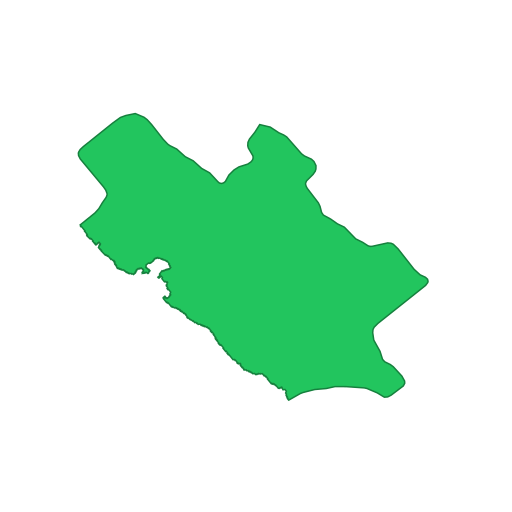 San Pedro de Macorís, San Pedro de Macorís, Dominican Republic, rotated 51°
{"feature_id": "3306468B30679779198976", "entity_name": "San Pedro de Macorís", "entity_type": "district", "adm_level": 2, "iso_a3": "DOM", "parent_name": "Dominican Republic", "parent_adm1": "San Pedro de Macorís", "projection": "natural_earth1", "projection_center": [-69.289, 18.484], "detail": "fine", "context": "isolated", "style": "filled", "palette": "green", "viewbox_px": 512, "rotation_deg": 51, "n_neighbors": 0, "source": "geoboundaries", "source_scale": "gbopen_adm2", "svg_char_len": 6157}
<svg xmlns="http://www.w3.org/2000/svg" viewBox="0 0 512 512"><g transform="rotate(51 256 256)"><path d="M156.2,170.4L159.1,179.0L161.0,187.5L162.6,190.7L165.1,193.0L167.2,194.0L176.3,195.4L178.2,196.7L179.3,198.6L179.7,200.9L179.4,204.5L176.0,213.2L175.3,218.9L176.0,226.0L178.8,232.9L178.8,235.1L178.0,237.1L176.3,238.5L174.2,238.9L162.2,239.7L153.8,243.1L142.5,244.9L134.3,248.5L123.0,250.3L116.0,253.5L113.5,254.2L107.0,254.7L88.1,254.4L81.5,254.8L77.7,255.7L69.3,260.2L64.9,268.7L63.0,274.2L62.5,283.5L62.3,321.4L62.6,325.6L63.5,328.1L64.2,329.3L66.3,330.7L70.0,331.5L106.4,331.0L110.3,331.3L113.8,332.5L114.8,333.3L116.1,335.5L117.9,341.8L120.3,348.3L121.2,354.1L121.2,373.1L122.5,373.1L122.5,373.6L123.0,373.6L123.0,373.1L128.9,373.1L128.9,373.6L133.0,373.6L133.0,374.2L133.9,374.2L133.9,374.7L138.1,374.2L138.1,373.6L139.0,373.6L139.0,373.1L141.7,373.1L141.7,373.6L144.5,373.6L144.5,373.1L145.4,373.1L145.4,373.6L146.3,373.6L146.3,373.1L146.7,373.1L146.7,370.9L146.3,370.9L146.3,369.9L146.7,369.9L146.7,369.3L148.6,369.3L148.6,369.9L149.0,369.9L149.0,370.9L149.5,370.9L149.5,372.0L150.4,372.6L150.4,373.1L152.7,373.1L152.7,372.6L154.5,372.6L154.5,373.1L160.4,372.6L160.4,372.0L161.4,372.0L161.4,371.5L162.7,371.5L162.7,370.9L167.3,370.9L167.3,370.4L170.0,369.9L170.0,369.3L171.4,369.3L171.4,369.9L172.3,369.9L172.3,370.4L173.7,370.4L173.7,370.9L174.2,370.9L174.2,370.4L175.5,370.4L175.5,370.9L178.3,371.5L178.3,370.9L179.2,370.9L179.2,370.4L180.1,370.4L180.1,369.9L181.0,369.9L181.0,369.3L181.9,369.3L181.9,368.8L182.8,368.8L183.3,367.7L184.7,367.7L184.7,367.2L187.0,367.2L187.0,366.6L187.9,366.6L187.9,366.1L189.2,366.1L189.2,365.5L190.1,365.5L191.1,363.9L192.0,363.9L192.4,362.8L193.3,362.8L193.3,360.7L192.9,360.7L192.9,359.6L192.4,359.6L192.4,358.5L192.0,358.5L192.0,357.5L191.5,357.5L191.5,355.8L192.0,355.8L192.0,354.8L192.4,354.8L192.4,354.2L192.9,354.2L192.9,353.1L193.3,353.1L193.3,352.6L194.7,352.6L194.7,352.1L196.1,352.1L196.5,353.1L197.0,353.1L197.0,354.8L197.9,355.3L197.9,354.8L198.8,354.2L198.8,353.1L199.3,353.1L199.3,352.1L199.7,352.1L199.7,351.5L201.6,351.0L201.6,350.4L201.1,350.4L201.1,348.8L200.7,348.8L200.7,347.7L198.8,347.7L198.8,348.3L196.5,348.3L196.5,348.8L195.2,348.8L194.7,347.7L193.8,347.2L193.8,344.0L194.7,343.4L194.7,342.3L195.2,342.3L195.2,338.6L194.7,338.6L194.7,337.0L194.3,337.0L194.3,335.9L194.7,335.9L194.7,334.8L195.2,334.8L195.2,333.7L195.6,333.7L195.6,333.2L196.5,333.2L197.0,332.1L198.8,331.6L198.8,331.0L199.7,331.0L199.7,330.5L200.7,330.5L200.7,329.9L202.5,329.4L202.5,328.9L203.9,328.9L203.9,328.3L207.5,328.3L207.5,328.9L209.3,328.9L209.3,329.4L211.2,329.4L211.2,330.5L211.6,330.5L211.6,331.6L211.2,331.6L211.2,332.6L210.7,332.6L210.7,333.7L210.2,333.7L210.2,334.8L209.8,334.8L209.8,336.4L209.3,336.4L209.3,337.5L208.9,337.5L208.9,338.6L208.4,338.6L209.3,342.3L210.2,342.3L210.2,342.9L211.2,343.4L211.2,344.0L210.7,344.0L210.7,345.6L211.6,345.6L211.6,345.0L212.1,345.0L212.1,342.3L213.9,342.3L214.4,343.4L218.5,343.4L218.9,342.3L219.8,342.3L220.3,341.3L220.8,341.3L221.2,342.3L222.1,342.9L222.1,344.0L223.0,344.0L223.0,344.5L224.9,344.5L225.3,345.6L226.7,345.6L226.7,345.0L230.4,345.0L231.3,346.7L232.2,346.7L232.2,347.2L232.6,347.2L232.6,348.8L233.1,348.8L233.1,351.5L232.6,351.5L232.6,352.1L231.7,352.1L231.7,352.6L231.3,352.6L231.3,352.1L229.9,352.1L229.9,354.2L230.8,354.2L230.8,354.8L235.8,354.8L235.8,354.2L237.2,354.2L237.2,353.7L242.2,353.7L242.2,353.1L243.2,353.1L243.2,352.6L245.0,352.1L245.4,351.0L246.4,351.0L246.4,350.4L247.7,350.4L247.7,349.9L248.6,349.9L248.6,349.4L250.0,349.4L250.0,348.8L250.5,348.8L250.5,349.4L251.4,349.4L251.4,348.8L252.7,348.8L252.7,348.3L255.0,348.3L255.0,347.7L256.9,347.7L256.9,347.2L257.3,347.2L257.3,347.7L260.5,347.7L260.5,348.3L261.0,348.3L261.0,347.7L264.2,347.2L264.2,346.7L266.9,346.1L266.9,345.6L269.2,345.6L269.7,344.5L271.0,344.5L271.0,344.0L272.8,344.0L273.8,342.3L275.1,342.3L275.1,341.8L276.0,341.8L276.0,341.3L277.0,341.3L277.0,340.7L277.9,340.7L277.9,340.2L278.8,340.2L278.8,339.7L280.6,339.1L280.6,338.6L282.4,338.6L282.4,338.0L285.6,338.0L285.6,338.6L287.5,338.6L287.5,338.0L290.2,338.0L290.2,338.6L293.9,338.6L293.9,339.1L294.8,339.1L294.8,339.7L295.7,339.7L295.7,339.1L297.1,339.1L297.1,339.7L300.3,339.7L300.3,340.2L302.1,340.2L302.1,339.7L303.0,339.7L303.0,339.1L307.1,339.1L307.1,339.7L311.2,339.7L311.2,339.1L313.5,339.1L313.5,339.7L315.3,339.7L315.3,339.1L322.2,339.1L322.7,338.0L324.0,338.0L324.0,337.5L327.2,337.5L327.2,338.0L327.7,338.0L327.7,337.5L328.6,337.5L328.6,337.0L329.1,337.0L329.5,335.9L330.0,335.9L330.0,336.4L331.3,336.4L331.3,337.0L334.1,337.0L334.1,336.4L336.8,337.0L336.8,336.4L337.7,336.4L338.2,335.3L339.6,335.3L340.0,334.3L341.4,334.3L341.4,333.7L342.3,333.7L342.3,333.2L343.7,333.2L343.7,332.6L345.5,332.6L346.4,331.0L347.8,331.0L348.2,329.9L348.7,329.9L348.7,328.3L349.2,328.3L349.2,327.8L350.1,327.2L350.1,326.7L350.5,326.7L351.4,325.1L354.2,325.1L354.2,324.5L356.0,324.5L356.0,324.0L358.7,324.0L358.7,324.5L364.7,324.5L364.7,324.0L365.6,324.0L365.6,323.5L366.1,323.5L366.1,322.9L367.0,322.9L367.0,322.4L368.8,322.4L368.8,321.9L372.9,321.9L373.4,320.8L373.8,320.8L373.8,319.2L374.3,319.2L374.3,318.6L377.0,319.2L377.9,317.5L380.2,317.5L381.1,319.2L382.5,319.2L383.0,320.2L384.8,320.2L384.8,320.8L386.6,320.8L386.6,321.3L388.5,321.3L388.5,321.9L390.8,308.0L391.7,305.3L396.7,294.4L403.2,284.8L407.2,276.8L414.2,268.2L426.6,254.9L428.7,253.2L438.7,247.9L446.5,245.1L448.4,242.3L449.2,238.5L449.7,223.3L448.5,220.5L446.7,219.2L441.1,218.2L428.5,219.0L424.9,219.9L419.3,222.5L416.0,222.7L408.1,219.6L395.5,217.4L389.1,213.6L386.8,211.4L385.7,209.1L385.1,203.7L385.6,142.7L384.7,139.2L383.9,138.2L382.0,137.3L379.2,137.7L373.9,140.3L365.8,141.5L339.8,141.1L333.3,141.9L331.1,143.0L328.7,145.4L321.6,159.6L320.3,161.3L318.6,162.5L312.5,164.5L305.5,167.7L289.2,169.2L282.2,172.5L274.4,174.7L266.6,177.9L263.4,177.6L257.7,175.0L254.0,174.1L235.8,173.6L233.5,173.2L231.4,172.3L230.5,171.5L229.4,169.3L228.5,160.3L227.4,156.6L226.1,154.7L223.5,152.5L219.0,151.5L215.6,152.0L208.8,155.4L205.2,156.3L182.8,157.2L179.4,158.3L174.6,160.7L164.8,163.8L156.2,170.4Z" fill="#22c55e" stroke="#15803d" stroke-width="1.5"/></g></svg>